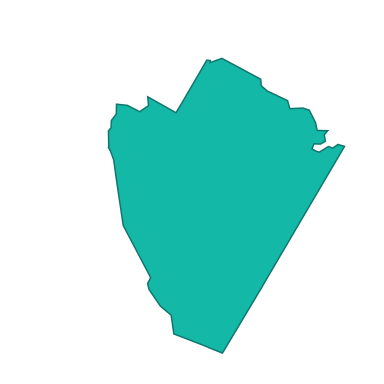 Jackson, Alabama, United States of America (orthographic projection), rotated 120°
{"feature_id": "52423323B51119346032730", "entity_name": "Jackson", "entity_type": "district", "adm_level": 2, "iso_a3": "USA", "parent_name": "United States of America", "parent_adm1": "Alabama", "projection": "orthographic", "projection_center": [-86.071, 34.728], "detail": "fine", "context": "isolated", "style": "filled", "palette": "teal", "viewbox_px": 384, "rotation_deg": 120, "n_neighbors": 0, "source": "geoboundaries", "source_scale": "gbopen_adm2", "svg_char_len": 926}
<svg xmlns="http://www.w3.org/2000/svg" viewBox="0 0 384 384"><g transform="rotate(120 192 192)"><path d="M162.4,296.5L170.3,297.6L176.9,294.2L180.9,294.9L193.8,287.1L194.5,286.7L195.1,286.7L195.5,286.3L195.8,285.7L196.0,285.1L196.9,284.0L196.9,283.6L203.2,276.0L222.8,260.7L255.4,234.8L286.8,185.0L293.5,184.7L297.9,180.5L306.7,162.2L309.1,148.5L324.0,136.7L319.8,110.2L318.5,101.6L318.3,98.8L316.3,85.1L241.7,83.9L240.3,83.9L228.3,83.9L161.1,83.4L76.2,82.7L77.9,89.4L83.7,92.1L84.4,96.6L93.9,101.7L94.6,104.9L94.6,109.6L89.4,110.5L86.2,104.6L81.4,101.9L76.1,106.1L71.1,105.1L76.1,114.4L70.0,119.9L62.5,131.4L63.9,138.0L70.9,149.0L65.1,154.9L66.9,177.3L65.4,185.1L60.0,188.9L61.3,232.9L70.9,241.0L69.0,241.9L70.5,245.2L73.5,245.1L74.2,245.1L119.7,245.3L131.4,245.5L131.4,249.9L131.7,277.9L139.0,272.8L148.7,277.6L148.8,281.4L149.3,291.3L153.7,301.3L162.4,296.5Z" fill="#14b8a6" stroke="#0f766e" stroke-width="1.5"/></g></svg>